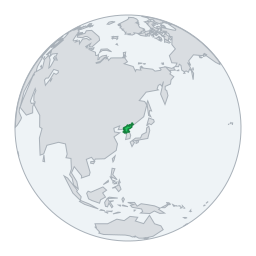 North Korea on an orthographic globe, rotated 5°
{"feature_id": "PRK", "entity_name": "North Korea", "entity_type": "country or territory", "adm_level": 0, "iso_a3": "PRK", "parent_name": "Asia", "parent_adm1": "", "projection": "orthographic", "projection_center": [127.346, 40.359], "detail": "fine", "context": "on_globe", "style": "filled", "palette": "green", "viewbox_px": 256, "rotation_deg": 5, "n_neighbors": 0, "source": "natural_earth", "source_scale": "50m", "svg_char_len": 13067}
<svg xmlns="http://www.w3.org/2000/svg" viewBox="0 0 256 256"><g transform="rotate(5 128 128)"><circle cx="128" cy="128" r="113" fill="#eef3f6" stroke="#a8b0b8"/><path d="M214.0,194.3L214.0,194.7L213.8,194.9L214.0,194.3ZM212.7,53.7L212.6,53.8L213.3,54.4L214.8,56.2L213.3,55.0L213.9,56.7L209.6,55.0L199.4,49.0L200.0,48.1L197.5,47.0L196.6,48.2L196.7,49.4L186.8,49.4L182.6,55.8L185.0,60.2L181.6,57.6L188.6,67.9L188.7,74.2L186.3,65.7L184.3,63.8L183.3,67.2L181.0,66.1L179.2,67.1L176.5,65.6L175.3,61.0L173.6,60.0L173.0,62.5L169.9,62.7L171.1,59.1L165.9,59.2L162.9,52.3L168.3,45.1L164.4,41.0L164.0,33.2L161.8,33.0L160.2,30.3L157.1,29.3L157.9,28.4L154.7,28.3L154.6,29.4L153.1,29.8L151.2,29.3L152.0,28.0L153.0,28.0L152.2,27.4L153.4,27.0L151.8,27.0L152.8,25.6L149.0,26.3L147.6,24.7L149.1,24.0L152.5,24.9L164.4,26.5L166.9,26.5L167.0,25.4L159.8,21.3L161.1,21.2L160.3,20.5L158.0,20.0L157.8,20.4L153.2,19.6L153.5,20.6L151.6,20.5L150.5,21.4L146.8,20.4L143.9,19.1L144.6,18.4L143.4,17.9L139.5,18.1L137.9,16.6L131.6,15.6L137.3,15.8L145.1,16.7L148.9,17.3L157.0,19.2L165.0,21.6L172.7,24.6L180.2,28.2L187.4,32.3L194.3,36.9L200.8,42.1L207.0,47.7L212.7,53.7ZM145.2,16.7L143.8,16.5L145.2,16.7ZM231.8,115.7L230.9,113.9L231.8,113.8L231.8,115.7ZM230.0,113.6L230.4,114.1L230.1,113.9L230.0,113.6ZM229.6,114.1L229.9,113.8L229.7,114.3L229.6,114.1ZM229.1,114.9L229.4,114.4L229.4,114.5L229.1,114.9ZM228.1,115.6L227.8,115.7L227.9,115.0L228.1,115.6ZM197.0,50.1L196.9,48.4L198.5,47.9L198.9,49.4L197.0,50.1ZM193.5,51.7L192.8,50.4L195.7,51.3L195.2,51.7L193.5,51.7ZM187.3,63.8L187.5,62.0L188.0,64.2L187.3,63.8ZM179.4,67.6L180.0,68.5L178.8,68.7L179.4,67.6ZM152.6,21.9L151.6,21.6L152.3,21.6L152.6,21.9ZM153.0,22.6L154.6,22.7L155.1,23.1L154.1,23.0L153.0,22.6ZM173.7,66.5L171.5,66.7L173.5,65.7L173.7,66.5ZM151.0,22.4L155.7,23.7L156.5,24.4L153.4,24.7L151.0,22.4ZM170.1,66.2L164.9,66.9L165.9,68.9L160.1,63.8L166.5,64.8L168.8,63.2L168.6,65.0L170.1,66.2ZM155.3,29.9L155.4,28.8L157.1,30.2L155.3,29.9ZM156.7,30.8L163.9,35.0L162.9,36.7L160.7,34.8L160.7,37.5L156.7,36.1L155.8,34.4L157.2,33.5L154.6,33.7L156.7,30.8ZM157.8,60.9L156.4,60.5L157.7,60.1L157.8,60.9ZM152.6,30.0L154.2,30.7L153.4,32.1L150.2,31.1L151.5,30.9L152.6,30.0ZM162.7,38.9L161.6,39.9L158.0,39.0L157.0,39.4L156.5,36.2L162.7,38.9ZM150.7,30.4L148.5,30.6L147.2,29.5L151.1,29.5L150.7,30.4ZM154.6,32.9L154.0,33.6L153.3,32.9L154.6,32.9ZM141.3,26.3L143.2,26.8L142.9,27.6L141.3,26.3ZM147.8,30.7L148.3,31.1L148.4,31.5L146.8,31.5L147.8,30.7ZM154.0,35.9L152.8,35.4L154.1,37.2L151.4,36.7L151.5,34.8L150.4,35.5L149.6,35.3L150.6,33.9L154.0,35.9ZM145.4,32.7L144.7,30.3L141.3,29.0L141.4,28.2L146.8,30.5L145.4,32.7ZM148.4,33.5L146.6,32.8L147.6,32.1L149.5,32.2L148.4,33.5ZM149.6,37.2L153.6,38.3L153.4,38.7L149.6,37.2ZM144.2,32.4L144.4,33.0L143.8,32.4L144.2,32.4ZM147.7,35.8L149.1,36.1L148.9,36.6L147.7,35.8ZM143.6,34.0L143.4,33.2L144.7,33.2L143.6,34.0ZM145.3,34.9L144.7,35.5L145.3,33.7L146.0,35.0L145.3,34.9ZM147.2,36.2L147.6,36.6L146.7,36.0L147.2,36.2ZM138.9,34.6L139.4,32.4L142.2,32.3L141.4,34.5L138.9,34.6ZM55.4,41.9L48.8,48.9L47.2,50.7L44.6,52.7L35.6,65.0L36.9,64.8L32.4,74.8L31.6,79.9L37.6,75.6L38.9,66.9L42.7,62.5L44.5,66.9L43.9,75.1L45.4,73.7L48.7,66.4L51.6,66.5L50.2,63.9L48.5,66.3L47.6,64.8L49.1,62.6L50.1,62.6L51.1,59.9L46.2,60.9L44.0,63.5L44.9,58.4L41.2,62.3L40.4,62.0L46.2,55.4L48.0,54.2L56.3,45.7L54.5,46.3L46.6,54.6L47.7,52.9L45.3,54.3L48.0,51.9L57.2,43.1L60.0,39.4L58.3,39.5L69.1,32.0L71.6,30.6L64.8,35.5L66.8,34.7L72.7,31.3L70.1,33.3L71.7,32.6L69.6,34.6L71.0,35.7L69.6,37.8L74.4,36.8L74.3,37.9L71.5,38.1L68.7,39.5L65.6,45.3L66.2,46.0L69.6,45.0L68.3,46.9L72.0,45.2L72.3,48.4L75.1,43.3L79.1,42.4L81.6,43.8L83.5,42.7L79.4,40.5L77.3,40.6L74.7,42.0L69.5,41.9L69.7,40.3L77.0,37.3L78.0,34.8L83.3,33.9L91.1,39.6L92.1,43.0L84.9,50.5L82.2,50.1L83.4,47.1L78.4,50.8L80.7,50.0L79.6,51.7L83.2,51.7L82.6,52.9L87.1,50.9L86.8,52.5L83.9,53.7L89.0,55.4L89.5,58.6L90.9,58.4L92.3,57.3L92.0,62.5L93.1,62.1L93.6,60.3L96.1,58.5L100.3,57.4L100.0,59.2L98.4,59.8L94.6,64.1L90.5,65.7L90.8,66.4L94.3,65.4L98.9,60.2L101.6,59.0L99.7,61.6L100.6,60.6L101.8,60.6L102.7,62.4L104.9,59.7L118.6,58.4L121.7,62.1L118.5,64.3L127.8,66.3L130.5,70.9L131.0,69.1L135.8,69.2L135.0,67.7L135.5,66.9L147.4,67.3L149.9,69.0L155.5,67.7L155.8,66.8L154.2,65.4L160.1,63.8L165.9,68.9L165.0,70.5L169.2,72.9L166.7,76.4L166.5,80.5L161.4,83.3L161.7,86.6L163.3,87.2L165.0,92.3L162.8,101.3L157.5,91.3L159.3,78.6L158.0,83.4L156.2,81.6L154.4,83.0L153.6,86.6L154.9,87.4L142.9,90.7L136.8,99.7L142.3,100.1L144.7,103.5L142.7,115.4L128.3,129.2L131.3,135.0L130.8,138.3L126.6,139.7L127.2,134.8L123.9,132.4L124.9,129.6L118.4,130.5L119.5,126.6L113.9,129.5L114.9,133.1L120.2,133.5L114.8,138.1L118.9,144.7L118.2,151.4L107.4,160.7L98.1,161.8L97.3,163.6L94.2,160.4L89.2,162.9L94.1,175.5L93.6,178.5L85.9,181.9L86.0,179.7L77.8,171.2L75.6,177.7L81.7,185.9L83.8,193.1L78.8,189.4L76.7,182.8L73.9,179.6L75.2,173.8L73.8,163.3L68.8,163.0L69.7,159.3L67.1,149.3L60.1,148.3L48.7,152.3L46.3,161.1L42.8,162.7L40.6,145.8L42.4,136.0L39.9,134.7L39.0,123.1L32.7,113.3L33.3,110.1L31.8,109.2L31.5,103.7L33.0,98.8L32.1,96.8L28.4,109.7L29.5,112.0L32.6,111.1L31.2,115.0L31.7,121.2L25.6,124.0L18.7,116.8L20.6,109.7L28.7,84.6L29.9,83.3L30.1,83.0L30.3,82.6L28.4,84.3L30.7,79.8L23.6,95.3L21.3,100.8L18.6,117.0L18.2,117.2L18.1,121.5L21.0,127.1L20.4,129.1L17.5,134.8L15.7,137.0L15.4,128.8L15.6,120.6L16.4,112.4L17.9,104.3L19.9,96.3L22.5,88.5L25.7,80.9L29.4,73.5L33.6,66.5L38.4,59.8L43.6,53.4L49.3,47.4L55.4,41.9ZM40.6,87.5L42.0,92.7L46.0,86.6L46.8,88.2L47.8,85.7L46.2,86.2L49.4,79.8L51.7,80.9L53.8,78.9L53.5,77.1L48.9,76.1L44.3,85.1L42.0,85.5L40.6,87.5ZM134.8,15.6L131.9,15.5L133.2,15.5L132.6,15.5L134.8,15.6ZM140.3,16.0L142.9,16.4L142.5,16.3L140.2,16.0L140.3,16.0ZM82.4,28.1L80.2,29.2L78.9,29.3L80.8,27.4L82.7,27.2L82.4,28.1ZM77.5,30.8L84.2,28.8L83.3,30.1L82.7,29.7L81.4,30.8L80.0,30.4L72.6,33.9L70.9,34.3L75.3,30.2L74.8,31.2L77.0,30.0L77.5,30.8ZM103.0,23.5L105.9,23.3L100.2,26.4L98.2,26.3L99.9,24.2L103.4,23.1L103.0,23.5ZM144.6,22.9L146.1,23.1L145.9,23.4L144.4,23.5L144.6,22.9ZM142.2,26.5L137.9,22.7L139.4,22.6L135.1,20.8L137.3,20.0L140.0,21.1L138.5,19.3L141.8,20.0L140.4,18.9L146.2,21.5L149.1,22.3L145.0,21.7L142.9,22.4L142.8,22.9L144.9,25.1L150.2,27.4L148.9,28.6L146.7,28.9L145.2,28.5L146.5,27.8L143.6,27.9L144.3,26.5L142.2,26.5ZM120.5,35.0L122.6,33.7L116.9,34.8L117.6,32.9L116.9,33.2L116.0,31.9L113.7,30.8L114.6,30.0L113.3,30.0L112.7,29.2L111.3,28.9L112.3,27.5L110.6,27.0L112.0,26.6L108.8,26.3L111.7,26.0L111.1,25.1L108.7,25.9L117.6,20.4L119.2,18.8L118.9,17.7L123.8,17.6L127.1,18.7L129.0,20.6L126.8,22.4L129.4,22.1L129.1,23.0L127.2,22.8L130.0,23.6L129.2,24.3L130.9,26.8L135.4,27.8L136.1,28.8L134.0,28.8L136.2,29.9L132.7,30.6L133.1,31.4L130.1,33.0L125.7,32.6L126.5,33.6L124.2,35.0L120.5,35.0ZM138.0,35.0L132.6,34.7L130.3,33.6L136.6,31.3L136.7,30.5L140.6,29.3L143.8,30.9L142.4,31.1L141.7,31.6L141.0,30.9L141.1,31.9L139.2,32.3L138.7,33.2L137.1,32.8L138.0,35.0ZM47.5,51.0L46.7,52.1L45.9,53.6L44.3,54.6L47.5,51.0ZM53.7,44.9L53.3,45.6L50.7,47.5L51.6,46.4L53.7,44.9ZM55.2,44.4L53.5,45.5L54.9,44.3L55.2,44.4ZM71.3,38.8L71.1,39.6L70.2,40.0L69.3,39.9L71.3,38.8ZM103.9,38.7L105.4,37.9L105.9,38.2L110.0,37.6L109.8,39.1L107.2,40.0L103.9,38.7ZM36.6,75.1L35.5,74.7L36.2,73.3L36.4,73.7L36.6,75.1ZM39.1,63.9L37.5,67.2L38.7,64.2L39.1,63.9ZM104.3,40.2L106.0,39.7L104.9,40.7L104.3,40.2ZM109.8,40.1L108.8,41.3L110.2,39.2L109.8,40.1ZM20.4,161.2L20.2,160.6L21.8,165.7L20.4,161.2ZM111.8,213.4L115.3,214.2L115.2,214.6L111.8,213.4ZM108.2,211.6L112.1,212.4L107.5,212.3L108.2,211.6ZM113.6,212.6L117.6,212.5L119.4,212.1L119.1,212.8L113.6,212.6ZM105.5,211.2L91.5,207.9L86.1,205.4L87.3,204.4L96.1,207.1L105.5,211.2ZM86.9,204.3L78.8,197.7L68.5,181.3L72.2,183.1L83.1,194.7L82.4,195.7L87.3,200.5L86.9,204.3ZM106.9,201.9L106.2,205.4L98.4,203.4L94.9,202.0L92.5,196.6L93.8,194.4L96.6,195.2L108.2,188.9L112.1,191.8L108.4,194.9L111.6,198.8L106.9,201.9ZM46.6,162.2L47.9,168.9L46.1,168.6L46.6,162.2ZM113.2,183.3L108.3,186.5L112.9,181.9L113.2,183.3ZM116.2,178.6L116.3,180.7L114.6,178.4L116.2,178.6ZM96.8,166.6L93.8,166.3L93.9,164.7L97.8,164.2L96.8,166.6ZM117.6,156.9L116.8,161.6L116.0,163.1L115.0,160.0L117.6,156.9ZM105.0,53.5L99.6,52.5L95.6,53.1L93.1,55.3L94.3,51.9L100.5,51.0L105.0,53.5ZM117.0,57.6L119.1,55.8L119.8,57.1L119.3,57.6L117.0,57.6ZM117.2,56.2L116.8,53.3L119.1,52.6L118.9,55.0L117.2,56.2ZM110.4,46.2L108.8,45.7L109.7,44.9L110.4,46.2ZM154.2,237.2L153.5,236.7L158.4,235.7L156.8,236.5L154.2,237.2ZM191.9,220.8L193.8,219.4L194.4,218.6L194.7,218.8L195.9,217.9L191.9,220.8ZM134.7,234.9L113.1,236.2L108.1,235.2L108.9,234.2L103.5,229.3L105.1,229.7L103.5,226.3L116.0,225.2L124.8,219.8L132.3,220.6L137.7,215.9L145.5,216.1L143.4,220.0L151.9,221.9L157.0,213.1L162.8,221.1L169.3,222.6L171.9,226.2L162.5,233.6L156.4,235.6L155.0,235.6L152.6,236.4L148.4,236.8L145.5,235.6L143.2,236.3L145.2,234.8L141.9,236.2L139.4,235.3L134.7,234.9ZM191.2,212.4L192.5,212.1L194.7,212.3L192.6,213.0L191.2,212.4ZM210.7,198.1L211.4,198.2L210.0,199.3L210.7,198.1ZM213.8,194.9L212.2,196.3L214.0,194.3L213.8,194.9ZM197.4,205.3L198.2,205.5L197.6,205.9L197.4,205.3ZM196.9,205.4L197.6,204.3L197.6,205.1L196.9,205.4ZM190.4,203.3L191.2,202.5L191.5,202.8L190.4,203.3ZM120.5,214.9L125.3,212.7L128.0,212.7L120.5,214.9ZM189.3,202.6L187.3,203.2L187.5,202.6L189.3,202.6ZM189.3,201.4L189.1,200.8L190.4,202.0L189.3,201.4ZM185.6,200.9L188.0,201.5L185.3,201.2L185.6,200.9ZM184.2,201.5L182.5,201.4L182.6,201.1L184.2,201.5ZM165.6,206.3L171.9,209.6L167.0,210.3L161.4,208.4L157.3,211.3L147.9,211.6L149.9,209.9L148.6,207.5L139.0,206.6L137.1,204.8L140.4,203.8L134.2,202.2L141.0,201.6L143.9,205.1L147.7,202.3L154.6,202.7L161.3,203.3L166.9,205.1L165.6,206.3ZM141.2,209.2L142.4,209.2L141.4,210.2L141.2,209.2ZM179.2,200.3L181.7,201.4L181.4,201.8L180.2,201.9L179.2,200.3ZM168.1,204.4L174.0,200.6L175.5,200.4L171.6,204.2L168.1,204.4ZM172.5,199.0L175.3,198.9L176.9,200.2L176.3,200.8L172.5,199.0ZM127.3,205.5L127.1,206.5L125.3,205.6L127.3,205.5ZM129.6,205.1L134.8,206.4L129.1,205.9L129.6,205.1ZM114.0,200.0L115.4,202.6L120.1,201.7L116.5,203.4L119.8,207.5L118.8,208.8L115.5,204.4L114.5,208.3L112.4,208.0L111.2,204.2L113.3,200.1L115.3,198.5L123.9,198.7L114.0,200.0ZM129.5,202.3L128.1,199.4L129.2,197.6L130.6,199.2L129.5,202.3ZM124.2,192.2L120.7,188.4L117.4,189.3L124.3,185.3L126.4,189.6L124.2,192.2ZM121.5,184.3L118.4,185.1L121.7,182.7L121.5,184.3ZM117.7,183.9L117.5,181.4L119.9,182.0L117.7,183.9ZM123.1,184.6L123.9,180.5L125.0,183.1L123.1,184.6ZM116.9,175.7L121.7,180.5L115.2,177.8L115.7,169.5L118.5,169.7L116.9,175.7ZM137.4,142.7L137.1,140.1L139.8,139.7L139.3,141.6L137.4,142.7ZM148.6,136.7L140.5,138.8L133.9,140.6L135.7,141.9L133.6,146.2L131.4,141.8L136.4,137.4L141.3,136.9L142.6,133.2L146.5,130.9L146.6,126.3L148.5,124.4L149.9,128.5L148.6,136.7ZM146.4,124.3L147.9,116.2L152.8,117.5L153.6,119.6L150.8,122.7L148.4,121.8L146.4,124.3ZM149.7,114.7L147.4,113.7L144.7,101.4L145.3,99.2L150.0,109.0L148.0,108.7L147.8,111.6L149.7,114.7ZM156.5,61.5L156.4,60.6L157.4,61.5L156.5,61.5ZM135.0,66.1L136.0,65.2L137.1,66.1L135.0,66.1ZM139.3,63.0L137.3,62.7L139.5,62.3L139.3,63.0ZM132.8,62.2L136.6,62.2L132.8,63.3L132.8,62.2Z" fill="#d9dde1" stroke="#a8b0b8" stroke-width="1"/><path d="M129.6,131.4L129.4,131.6L129.4,131.8L129.2,132.0L128.9,132.0L128.7,132.0L128.4,132.0L127.9,132.0L127.7,132.0L127.4,132.3L127.1,132.7L126.9,132.8L126.9,133.0L126.5,132.9L126.2,133.0L126.0,132.9L125.8,132.9L125.6,132.6L125.4,132.7L125.4,132.8L125.3,133.0L125.1,133.1L124.9,133.1L124.8,132.9L124.5,132.8L124.4,132.7L124.7,132.5L124.8,132.5L124.7,132.4L124.4,132.4L124.2,132.4L123.9,132.3L124.2,132.1L124.2,131.9L124.4,131.6L124.5,131.5L124.9,131.3L125.0,131.3L125.3,131.3L125.2,131.2L124.9,131.1L124.7,131.0L124.7,130.9L125.1,130.1L125.0,129.8L125.0,129.6L124.7,129.5L124.3,129.2L124.1,129.1L124.0,129.3L123.9,129.4L123.9,129.2L123.6,128.9L123.5,128.6L123.6,128.4L124.1,128.0L124.1,127.9L124.3,127.8L124.5,127.7L124.8,127.5L125.0,127.4L125.3,127.2L125.5,127.1L125.8,126.9L126.0,126.9L126.1,126.7L126.4,126.5L126.5,126.3L126.6,126.1L126.8,126.0L126.8,125.8L126.9,125.6L127.0,125.4L127.3,125.3L127.4,125.2L127.5,125.3L127.6,125.5L127.8,125.7L128.1,125.8L128.3,125.8L128.5,125.9L128.8,125.8L129.0,125.9L129.1,126.0L129.3,125.9L129.3,125.7L129.3,125.4L129.2,125.4L129.2,125.2L129.0,124.9L129.2,124.7L129.4,124.7L129.6,124.7L129.9,124.7L130.0,124.7L130.3,124.7L130.5,124.5L130.6,124.4L130.7,124.2L130.8,124.0L130.9,123.9L131.0,123.9L131.2,124.0L131.3,123.9L131.5,123.5L131.5,123.3L131.5,123.2L131.6,122.8L131.8,122.8L132.0,122.8L132.2,123.0L132.3,123.4L132.4,123.5L132.5,123.6L132.6,123.8L132.8,124.0L132.7,124.1L132.3,124.3L132.2,124.3L132.1,124.5L131.9,124.7L131.8,124.9L131.7,125.1L131.5,125.3L131.4,125.5L131.6,125.9L131.6,126.1L131.5,126.4L131.6,126.8L131.5,127.0L131.0,127.2L130.8,127.4L130.6,127.7L130.4,127.8L130.2,128.0L129.9,128.3L129.6,128.5L129.4,128.6L129.1,128.6L128.9,128.7L128.8,128.9L128.3,129.1L128.3,129.3L128.3,129.6L128.3,129.8L128.2,129.9L128.1,130.1L128.1,130.3L128.4,130.4L128.5,130.4L128.7,130.5L129.0,130.9L129.2,131.0L129.3,131.1L129.5,131.3L129.6,131.4ZM124.3,129.6L124.2,129.6L124.3,129.4L124.3,129.6Z" fill="#22c55e" stroke="#15803d" stroke-width="1.5"/></g></svg>